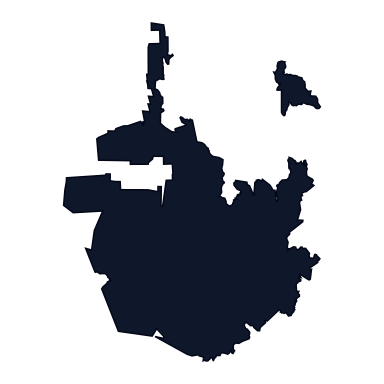 the district of San Juan Guichicovi, Oaxaca, Mexico
{"feature_id": "50627088B47369730342586", "entity_name": "San Juan Guichicovi", "entity_type": "district", "adm_level": 2, "iso_a3": "MEX", "parent_name": "Mexico", "parent_adm1": "Oaxaca", "projection": "robinson", "projection_center": [-95.052, 17.105], "detail": "fine", "context": "isolated", "style": "filled", "palette": "ink", "viewbox_px": 384, "rotation_deg": 0, "n_neighbors": 0, "source": "geoboundaries", "source_scale": "gbopen_adm2", "svg_char_len": 6019}
<svg xmlns="http://www.w3.org/2000/svg" viewBox="0 0 384 384"><path d="M155.0,336.5L187.0,354.2L192.0,355.9L198.0,354.8L199.3,356.0L202.8,356.8L203.6,357.9L203.1,360.8L204.7,360.3L206.1,361.0L207.8,360.9L211.4,357.5L212.4,357.5L212.8,360.0L213.5,360.5L214.4,358.2L215.6,357.5L216.4,355.6L220.0,355.5L221.3,352.7L224.9,353.2L227.7,354.2L229.5,352.9L230.1,350.6L230.6,350.5L231.6,352.7L233.0,353.5L234.6,350.6L233.3,349.4L233.4,344.7L235.9,343.0L238.8,343.4L242.7,341.2L249.2,338.7L249.6,336.9L249.0,335.4L249.7,333.5L249.6,332.1L247.4,329.3L245.8,328.6L244.3,325.8L244.6,323.2L245.8,322.9L246.2,322.0L250.4,325.7L252.8,325.5L254.0,327.6L257.5,330.7L259.6,330.8L260.2,327.5L265.6,322.7L265.2,321.5L263.7,320.2L267.3,321.0L279.2,309.7L280.5,310.4L280.3,312.1L281.2,312.3L281.7,313.0L282.9,312.6L284.2,313.4L284.8,312.8L286.3,313.1L288.5,316.0L291.0,315.5L292.3,313.0L293.8,311.7L293.8,310.5L294.8,309.8L294.2,308.5L294.7,307.5L293.9,306.2L294.9,305.3L295.4,303.0L294.8,302.1L296.4,301.8L296.6,300.7L295.9,300.4L296.8,298.3L299.4,296.4L299.4,294.8L298.0,293.5L298.8,291.4L297.6,291.6L296.5,290.4L296.2,285.8L296.3,283.6L297.8,282.8L298.1,281.8L300.6,281.1L300.8,280.4L300.7,279.6L299.0,278.4L299.8,277.1L300.9,277.5L299.3,274.7L299.6,274.1L300.3,274.4L308.1,279.5L309.4,279.9L310.3,279.2L311.5,269.3L310.1,270.0L309.7,268.0L317.8,262.4L317.6,260.8L319.4,259.8L319.9,258.7L316.7,255.5L316.5,254.8L315.1,254.3L314.4,255.0L314.0,256.9L313.1,258.3L309.9,257.9L309.0,255.9L309.5,253.5L305.6,248.3L302.6,248.5L302.1,247.1L300.7,247.1L299.1,249.1L297.1,249.6L296.5,249.6L295.6,247.1L293.5,246.8L287.8,249.9L288.4,248.6L287.4,248.4L287.3,246.7L288.1,242.3L286.6,238.6L287.1,236.7L289.6,234.3L289.6,232.1L302.7,221.8L302.9,220.3L297.4,220.0L300.6,209.7L299.5,202.8L300.3,200.6L301.4,200.1L301.8,200.8L300.7,196.5L302.5,195.6L301.6,193.4L304.6,191.8L306.2,191.7L313.9,185.5L311.5,183.7L313.2,180.4L312.5,179.2L307.7,176.6L306.7,175.3L306.4,171.5L307.2,168.8L306.3,167.0L307.0,164.3L305.8,162.1L305.6,160.5L305.2,160.2L304.0,160.7L303.5,162.5L303.8,163.7L305.0,165.0L304.4,165.3L302.5,164.1L301.1,161.4L298.4,163.6L297.7,162.9L296.6,163.9L296.1,163.6L295.9,161.8L294.9,160.5L293.8,160.2L292.3,158.5L289.1,157.3L289.1,158.7L288.2,159.3L287.9,160.6L288.8,162.8L288.9,168.1L290.6,170.3L290.8,172.8L289.5,174.7L289.0,177.4L287.0,179.7L282.1,180.1L279.6,182.7L279.4,183.9L276.9,185.3L276.7,186.0L277.7,187.5L277.6,188.5L276.4,192.3L277.0,196.4L277.4,196.6L277.9,198.3L277.5,201.1L276.3,201.4L275.0,190.3L272.3,189.9L272.0,188.2L269.9,185.1L262.4,179.3L261.9,181.0L258.5,179.6L256.3,180.3L256.6,181.4L254.9,182.3L253.8,195.6L249.6,185.8L247.3,184.6L246.9,182.2L235.7,180.4L235.3,181.8L233.9,183.0L234.0,185.2L237.3,189.4L241.3,190.9L240.6,192.1L241.2,193.1L240.0,193.2L240.4,194.5L239.4,195.4L239.0,195.5L238.9,194.6L238.4,194.3L237.3,194.9L237.1,196.1L236.3,197.1L237.0,199.0L235.1,198.2L234.9,199.5L233.6,199.9L233.6,201.9L232.8,203.1L232.7,204.5L229.7,206.1L226.9,204.4L226.1,203.1L226.1,201.4L224.8,198.2L222.0,197.6L221.3,196.9L219.3,196.7L221.7,192.2L221.3,188.9L221.6,186.5L222.9,184.0L224.3,182.8L224.1,182.0L222.8,181.0L222.1,177.6L223.9,174.9L224.2,173.4L222.5,171.6L221.7,168.1L222.6,164.7L223.0,159.7L219.2,157.6L212.6,156.3L210.0,153.8L209.0,151.8L209.2,150.7L208.2,149.8L208.2,148.3L206.5,147.3L204.6,144.5L201.9,142.7L196.9,141.8L192.4,120.2L191.8,120.4L190.6,119.2L190.0,119.2L189.3,120.8L187.2,119.3L184.7,119.6L182.5,117.6L180.8,116.9L180.1,117.7L182.0,122.1L186.1,124.6L186.1,125.2L175.6,128.6L175.0,129.1L175.7,132.3L171.5,131.6L164.9,127.3L160.4,123.3L160.6,113.2L160.3,113.0L163.6,111.1L163.9,110.4L163.1,109.0L162.3,109.3L161.8,108.8L160.8,108.9L161.1,105.5L162.8,103.3L162.7,97.4L160.8,95.9L160.0,94.4L159.7,92.7L157.5,89.8L155.0,88.9L155.5,81.1L159.6,78.8L163.0,79.5L164.0,79.1L163.5,77.1L163.8,75.1L163.2,74.7L163.2,67.1L162.7,65.3L163.0,63.5L162.3,60.7L162.6,57.9L163.3,57.1L164.3,57.3L165.2,58.8L166.2,62.5L167.8,64.3L168.7,64.0L168.9,59.5L170.5,57.5L173.1,55.6L172.5,54.4L171.0,55.7L167.3,54.7L168.0,51.0L167.9,37.1L164.9,36.8L164.8,32.1L163.7,24.9L151.3,23.0L151.4,30.3L159.7,30.1L160.1,43.5L149.2,43.8L148.2,47.3L148.3,74.1L146.7,74.3L147.3,81.1L146.8,81.1L147.7,84.5L148.0,88.4L151.5,88.7L153.7,96.6L148.4,96.2L150.6,104.1L148.0,103.9L150.1,111.7L142.6,111.0L144.7,122.0L143.0,121.8L143.7,125.7L140.6,121.4L127.8,125.8L123.7,125.9L116.0,128.6L114.7,131.1L108.0,130.9L107.9,133.3L98.5,137.5L96.8,138.9L98.6,160.2L130.4,160.7L130.3,164.3L148.3,164.2L148.3,162.7L152.5,159.1L153.1,156.3L163.5,156.3L163.6,164.2L172.3,163.9L173.0,174.5L172.4,174.5L172.5,180.1L166.2,180.3L162.6,206.3L161.0,206.0L161.3,186.6L158.0,186.5L157.9,191.7L148.0,189.8L120.6,189.7L120.2,181.6L114.9,181.5L110.1,180.8L110.2,174.0L106.0,173.9L105.8,175.2L66.5,177.8L66.3,182.0L64.9,189.9L63.6,205.4L73.2,212.7L102.7,211.0L94.3,230.6L91.6,250.0L85.6,248.3L95.0,272.0L95.7,272.3L96.8,271.7L100.2,273.9L101.9,273.5L105.7,273.8L107.7,276.3L107.8,277.3L109.2,278.3L109.5,279.3L110.6,280.2L107.4,282.0L106.8,283.5L102.8,287.0L101.7,288.9L118.4,331.3L152.2,336.1L156.7,328.8L163.9,336.6L163.5,338.4L155.0,336.5ZM277.6,68.4L275.5,72.3L273.7,72.1L275.2,75.1L275.4,79.3L276.7,82.2L278.4,83.0L278.8,84.2L280.0,84.1L280.3,84.6L277.9,87.2L276.9,89.6L277.1,90.2L281.5,90.1L281.5,112.4L282.3,114.1L283.9,115.7L284.7,115.4L285.1,114.4L285.5,110.8L286.4,110.6L286.8,109.8L287.2,107.5L288.9,104.9L288.5,102.1L290.5,102.9L291.7,104.9L293.3,105.7L295.1,105.4L296.5,105.7L298.3,104.1L301.6,104.5L303.4,102.6L306.7,104.2L310.1,104.6L313.8,105.9L316.1,108.3L317.1,108.6L319.1,108.4L320.4,106.8L317.7,102.9L317.5,98.9L315.7,96.2L310.7,95.9L310.2,94.3L310.9,91.0L308.1,91.4L305.1,88.1L305.1,84.7L304.6,81.7L302.9,80.6L301.8,77.8L298.0,76.9L297.1,76.0L295.4,75.5L293.0,75.5L290.1,74.4L288.6,74.8L286.8,74.0L286.3,74.1L286.4,74.8L284.8,74.8L284.8,75.3L284.4,74.3L283.2,74.0L283.1,73.0L284.2,72.5L283.8,69.5L285.6,67.6L285.6,65.5L284.5,62.4L285.0,62.0L281.5,61.1L278.7,61.9L277.8,62.9L277.1,66.3L277.6,68.4Z" fill="#0f172a" stroke="#020617" stroke-width="1.5"/></svg>